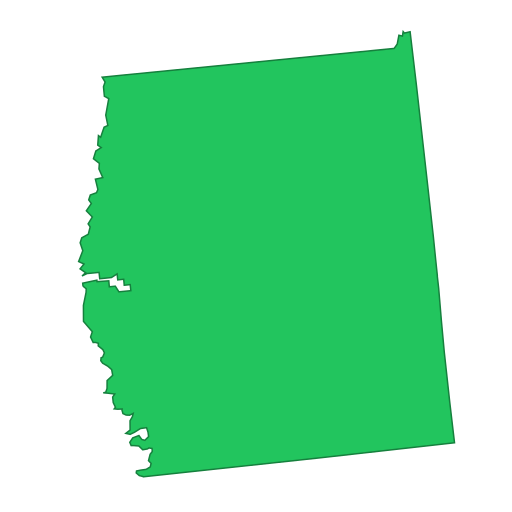 Grand, Utah, United States of America, rotated 354°
{"feature_id": "52423323B60720449434495", "entity_name": "Grand", "entity_type": "district", "adm_level": 2, "iso_a3": "USA", "parent_name": "United States of America", "parent_adm1": "Utah", "projection": "albers", "projection_center": [-109.925, 39.0], "detail": "fine", "context": "isolated", "style": "filled", "palette": "green", "viewbox_px": 512, "rotation_deg": 354, "n_neighbors": 0, "source": "geoboundaries", "source_scale": "gbopen_adm2", "svg_char_len": 1873}
<svg xmlns="http://www.w3.org/2000/svg" viewBox="0 0 512 512"><g transform="rotate(354 256 256)"><path d="M433.9,462.5L433.4,421.3L433.2,371.3L433.6,340.0L434.3,307.1L434.2,294.9L434.3,294.5L434.3,279.1L434.3,278.9L434.4,255.3L434.1,203.0L433.4,103.3L432.7,49.1L426.9,49.8L425.8,48.2L424.6,52.6L421.2,51.4L418.6,60.0L415.1,64.0L144.3,62.2L121.7,62.1L124.1,67.2L122.0,71.7L121.9,81.3L126.0,84.1L121.3,100.2L122.3,110.7L118.4,112.0L113.9,121.7L111.9,119.8L110.2,129.2L113.4,132.0L107.7,134.8L104.5,142.3L109.9,147.5L108.9,153.0L111.8,162.0L104.3,162.8L105.7,173.3L104.0,176.4L97.6,178.0L95.5,182.7L97.7,186.6L92.0,193.3L97.3,200.1L92.4,206.5L94.1,209.7L91.5,216.8L84.6,219.7L82.5,224.5L84.3,232.6L79.0,243.0L84.1,246.0L79.7,250.4L84.8,254.8L80.9,257.7L86.1,255.8L98.2,255.9L98.2,262.3L110.0,262.3L116.0,259.3L116.0,265.3L122.0,265.3L121.9,271.3L127.9,271.3L127.9,277.4L115.9,277.3L112.9,271.3L106.9,271.3L107.0,265.3L95.2,264.9L95.2,263.4L80.8,264.9L80.8,267.2L81.1,268.2L83.7,270.8L83.2,274.4L79.2,287.1L77.6,303.0L85.3,314.2L83.0,319.3L85.0,325.0L87.4,325.2L90.1,326.3L89.7,328.9L93.9,333.1L95.1,336.5L92.9,340.6L91.3,341.0L90.7,343.9L92.3,346.6L97.1,350.1L100.6,353.9L101.0,359.7L94.9,364.3L94.0,372.2L92.3,375.8L89.8,376.1L94.1,376.9L101.1,378.5L98.7,381.3L98.7,386.9L100.4,391.7L99.0,393.2L102.3,393.9L106.9,394.2L106.6,395.3L107.2,398.8L110.2,400.6L113.7,401.1L117.4,399.7L116.2,403.0L113.5,406.7L112.6,415.9L108.0,418.8L112.2,420.2L116.7,418.6L123.1,415.5L129.2,415.3L130.2,420.0L130.3,424.4L126.2,427.7L123.2,426.5L120.8,422.3L114.4,424.0L111.0,428.1L112.0,431.5L114.8,431.8L119.6,432.7L123.1,436.9L128.0,436.5L129.4,435.7L132.5,436.5L132.4,439.6L130.0,442.1L127.7,448.3L130.0,451.3L128.8,454.7L124.5,456.7L119.0,456.9L114.7,457.3L114.2,459.2L117.0,462.2L120.6,463.5L120.8,463.8L299.2,463.4L433.9,462.5Z" fill="#22c55e" stroke="#15803d" stroke-width="1.5"/></g></svg>